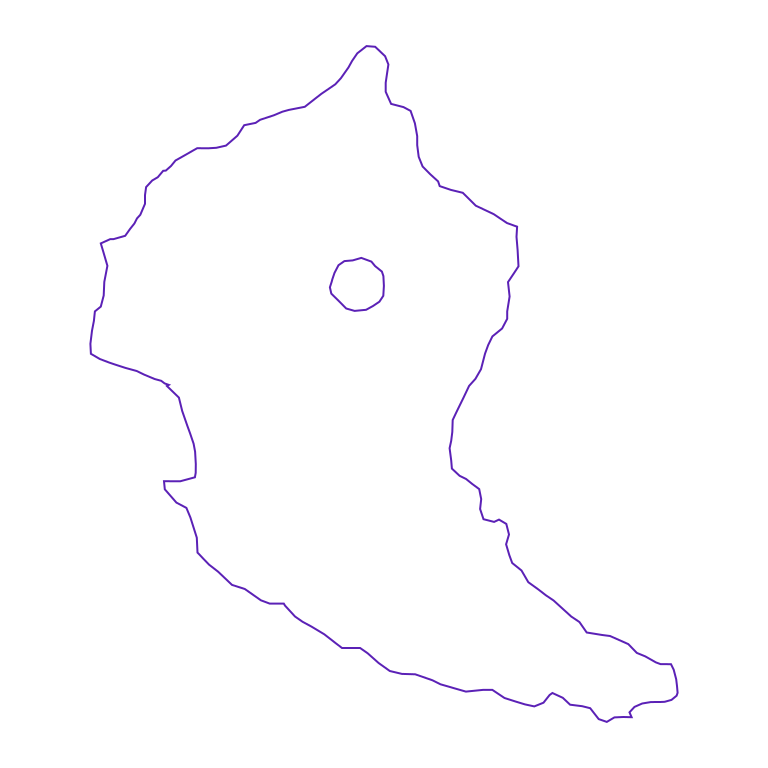 Shaki District, Şəki, Azerbaijan (orthographic projection)
{"feature_id": "54616110B25010354244926", "entity_name": "Shaki District", "entity_type": "district", "adm_level": 2, "iso_a3": "AZE", "parent_name": "Azerbaijan", "parent_adm1": "Şəki", "projection": "orthographic", "projection_center": [47.215, 41.108], "detail": "fine", "context": "isolated", "style": "outline", "palette": "violet", "viewbox_px": 768, "rotation_deg": 0, "n_neighbors": 0, "source": "geoboundaries", "source_scale": "gbopen_adm2", "svg_char_len": 3023}
<svg xmlns="http://www.w3.org/2000/svg" viewBox="0 0 768 768"><path d="M671.0,664.2L660.5,664.1L655.9,662.4L645.3,656.4L636.8,652.9L628.3,644.1L610.0,636.0L602.2,635.0L586.7,632.5L579.4,622.0L571.2,616.5L563.5,609.5L553.6,600.5L545.9,595.3L538.0,589.2L528.3,582.2L521.5,570.5L512.2,563.0L509.3,555.1L506.1,544.3L509.0,534.5L506.3,523.9L499.0,519.6L494.1,521.9L483.5,519.2L480.1,509.0L481.2,499.1L479.2,489.1L472.4,484.1L466.1,479.0L459.6,475.8L451.9,468.6L451.2,460.4L449.6,448.2L451.2,440.8L452.3,432.0L452.7,420.0L456.3,412.4L458.1,408.7L463.3,398.1L469.1,385.9L475.4,378.9L481.0,369.2L485.0,353.8L485.2,353.2L488.2,345.0L492.4,336.4L502.1,328.5L507.2,318.8L507.2,311.4L509.6,296.5L508.0,282.1L514.1,273.0L518.5,266.3L517.6,250.0L516.5,236.8L517.1,226.8L517.1,226.7L506.9,223.0L493.8,214.2L475.8,205.7L462.8,192.8L450.9,189.9L439.7,186.1L438.1,181.4L430.2,174.2L422.6,166.5L418.7,156.8L417.2,145.1L417.2,136.1L414.9,123.3L410.6,110.9L403.5,107.1L391.1,103.9L385.7,91.8L385.7,82.7L387.1,73.1L388.4,64.5L385.1,56.2L375.2,46.8L374.2,46.7L366.5,46.1L357.3,53.3L352.1,60.9L348.5,67.4L340.9,78.2L335.3,84.3L321.4,93.8L315.1,98.7L304.8,106.8L288.9,109.9L282.4,111.7L273.8,115.3L260.1,119.8L255.6,122.9L244.2,125.2L237.4,135.7L226.0,145.6L216.3,147.8L208.0,148.3L197.2,148.2L192.4,150.9L184.2,155.6L175.5,160.5L171.0,166.0L165.8,170.6L163.2,170.8L157.8,177.2L152.2,180.5L146.1,187.1L145.0,195.1L145.0,203.8L140.3,214.8L137.0,218.4L134.4,223.5L130.1,228.9L125.2,235.8L113.6,239.1L110.3,239.1L100.8,243.4L103.4,252.1L107.4,265.8L104.3,281.9L103.7,295.5L100.8,306.6L94.9,311.4L93.9,320.9L92.0,330.7L90.4,343.8L90.9,353.8L99.8,359.0L109.3,362.6L114.9,364.5L125.4,367.9L136.7,371.0L144.1,374.6L154.6,379.0L161.2,380.8L164.6,383.4L168.8,384.9L166.9,386.0L178.9,397.6L182.2,411.0L187.3,425.7L190.1,433.4L193.6,443.7L195.1,451.7L195.8,464.0L195.7,472.9L194.9,477.3L180.1,481.3L164.0,481.2L164.8,489.3L176.4,502.6L186.4,507.9L190.4,517.5L196.8,537.7L197.5,552.6L199.1,554.2L203.4,558.8L209.1,564.7L218.0,571.6L232.0,584.9L244.8,589.0L260.9,600.3L269.7,603.6L283.8,603.6L285.0,605.6L295.0,616.5L302.6,621.8L311.5,626.6L324.3,634.3L335.2,642.8L342.0,648.0L360.1,648.0L367.7,653.3L378.6,663.0L389.8,671.0L401.9,673.9L415.2,674.3L432.5,680.3L440.5,684.3L451.0,687.3L453.3,688.0L465.9,691.6L482.8,689.9L492.4,689.9L504.5,698.0L515.8,701.6L525.0,704.4L534.3,706.4L543.5,702.7L549.6,695.0L552.4,693.0L562.8,697.8L570.1,704.7L582.2,706.2L590.2,708.2L598.7,719.1L606.8,721.9L614.4,717.4L623.3,717.0L631.6,717.2L630.5,714.7L629.5,712.3L634.5,706.9L642.2,703.5L650.6,702.1L655.3,702.0L660.3,702.0L664.7,701.8L671.5,699.9L676.6,695.7L677.6,692.8L677.0,686.0L676.2,679.3L673.7,669.7L671.0,664.2ZM371.9,306.6L366.1,309.8L354.6,310.9L346.2,308.5L339.0,301.2L333.5,295.8L331.3,293.6L329.9,287.3L331.7,281.7L332.3,279.4L334.5,272.9L338.5,265.2L344.4,261.1L352.7,260.4L361.3,257.9L369.5,260.9L371.4,261.6L375.1,266.1L381.9,271.6L383.4,276.1L383.9,285.9L383.3,295.8L379.4,301.7L372.7,306.2L371.9,306.6Z" fill="none" stroke="#5b21b6" stroke-width="2"/></svg>